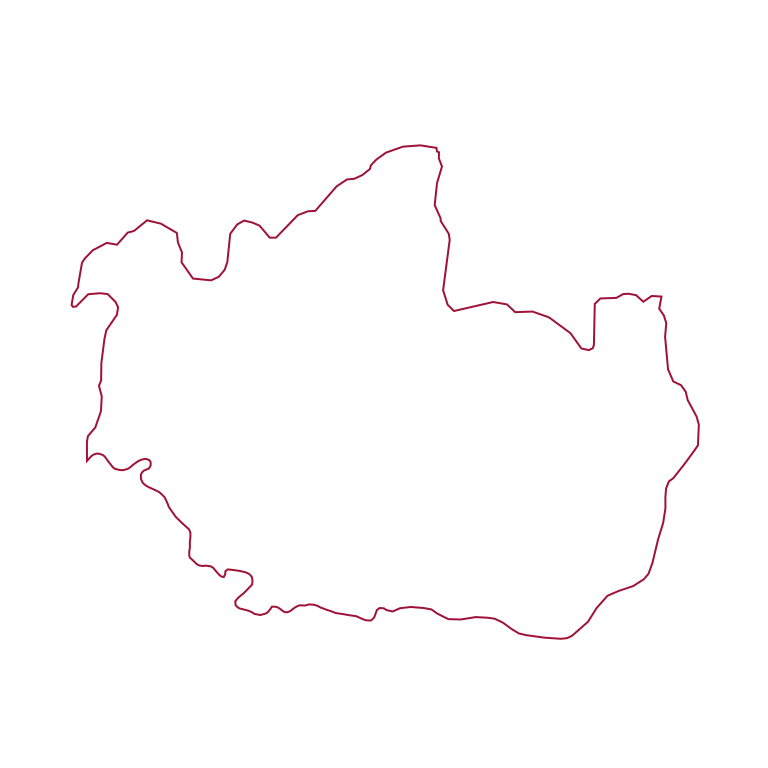 the district of San Manuel Chaparrón, Jalapa, Guatemala, rotated 5°
{"feature_id": "79465075B10388039742951", "entity_name": "San Manuel Chaparrón", "entity_type": "district", "adm_level": 2, "iso_a3": "GTM", "parent_name": "Guatemala", "parent_adm1": "Jalapa", "projection": "natural_earth1", "projection_center": [-89.778, 14.534], "detail": "fine", "context": "isolated", "style": "outline", "palette": "rose", "viewbox_px": 768, "rotation_deg": 5, "n_neighbors": 0, "source": "geoboundaries", "source_scale": "gbopen_adm2", "svg_char_len": 3484}
<svg xmlns="http://www.w3.org/2000/svg" viewBox="0 0 768 768"><g transform="rotate(5 384 384)"><path d="M701.2,397.2L698.3,389.3L687.9,373.5L685.3,365.5L680.0,359.3L672.0,356.3L665.7,344.7L659.9,312.5L659.9,298.8L656.8,291.3L651.6,285.0L652.8,272.7L643.0,273.0L635.2,279.4L627.3,273.5L619.8,272.8L614.4,273.6L607.9,278.0L592.1,279.9L587.0,285.9L589.7,326.7L588.9,330.1L585.1,332.4L577.5,331.4L565.3,317.1L542.5,303.2L525.6,298.9L508.5,301.0L499.6,294.0L485.6,292.8L447.3,305.2L440.5,299.5L434.7,285.5L436.9,234.8L435.5,228.8L426.2,216.6L426.0,214.1L418.9,201.4L419.3,179.2L422.8,162.3L419.0,154.5L418.6,148.4L416.5,147.7L415.7,144.2L399.5,143.1L382.2,145.9L365.7,153.4L356.7,161.2L351.8,167.4L351.3,171.0L344.1,177.8L336.6,182.1L329.2,183.5L319.5,191.3L300.5,217.5L293.1,218.6L283.4,223.3L263.7,247.6L257.4,248.2L246.2,237.1L239.0,234.7L230.4,233.4L223.9,237.8L217.7,247.8L217.3,276.3L215.3,284.1L210.1,291.6L202.7,295.8L184.5,295.6L171.7,280.4L171.3,270.6L166.3,260.8L164.5,251.6L147.7,243.7L133.7,241.6L121.5,253.4L115.5,255.5L105.9,268.5L95.5,267.6L82.2,276.2L74.9,285.2L72.6,289.4L70.8,310.6L70.8,314.4L66.7,322.5L65.9,332.4L67.3,334.2L70.4,333.7L81.6,320.3L93.4,318.3L100.9,318.5L109.5,325.8L112.4,330.8L111.9,338.4L102.7,354.6L101.6,363.1L100.6,387.9L101.9,405.2L100.2,410.6L103.9,420.9L104.4,435.7L100.2,452.4L93.6,461.7L93.1,467.6L94.8,486.5L98.6,481.5L100.9,479.6L103.7,478.4L106.6,478.3L110.5,479.4L112.1,480.6L113.6,482.3L115.3,484.3L117.2,486.4L119.1,488.3L121.1,490.6L123.6,492.0L128.3,492.7L130.8,492.7L133.9,491.8L136.7,490.5L138.3,489.2L141.2,486.2L145.8,482.3L148.7,480.6L152.3,479.5L154.3,479.5L157.1,480.4L158.4,482.3L158.6,485.7L157.2,488.6L152.2,491.3L150.5,493.4L149.7,495.8L150.2,499.8L152.1,503.2L153.8,504.7L156.0,506.1L158.9,507.4L163.0,508.8L167.0,510.3L169.6,511.4L171.8,513.0L173.7,514.5L175.4,516.1L177.8,520.1L179.1,522.5L180.0,524.6L181.9,527.2L188.3,534.7L193.9,539.3L198.7,543.0L202.4,545.7L204.1,549.0L204.5,553.4L204.4,555.8L204.4,559.4L204.9,563.5L204.6,567.8L204.9,571.6L205.7,573.8L209.9,577.1L213.2,579.8L215.8,580.9L219.1,581.1L222.3,580.5L224.4,580.6L227.2,580.7L229.9,582.0L233.0,585.2L236.3,588.3L238.4,589.8L241.2,590.3L242.4,587.5L242.3,584.4L244.3,582.4L246.9,582.3L255.5,582.7L258.8,583.1L262.4,583.6L265.6,584.7L268.0,586.4L269.4,588.2L270.2,592.0L270.0,595.4L262.7,604.4L259.0,608.0L257.1,610.0L254.8,613.4L255.4,617.3L258.1,619.5L260.1,620.3L262.4,620.6L264.9,621.0L268.3,621.6L271.7,622.6L275.2,624.4L281.0,624.9L286.2,623.0L288.1,621.5L290.2,618.4L291.8,615.6L295.6,615.3L298.4,616.1L300.8,617.5L302.7,618.8L305.1,619.9L307.7,619.8L310.4,618.4L312.9,616.0L315.2,614.1L317.0,612.9L319.3,611.8L324.7,611.6L328.1,610.2L330.1,610.0L332.5,610.0L334.8,610.3L336.8,610.7L340.6,612.3L343.7,613.1L345.6,613.7L348.5,614.4L351.3,615.0L353.7,615.8L356.1,616.4L364.5,616.9L368.9,617.3L376.3,617.7L378.2,618.3L382.2,619.7L386.0,620.9L388.8,620.9L391.8,620.7L394.5,617.5L395.3,614.9L396.6,609.8L399.3,607.5L403.5,607.5L406.2,609.0L412.4,609.9L419.4,606.0L430.0,603.8L442.8,603.7L450.8,604.4L457.4,608.2L468.5,612.6L481.0,611.9L495.7,608.2L507.9,607.8L514.8,608.2L523.3,611.4L532.5,617.0L540.2,620.8L547.6,621.8L566.0,622.7L582.5,622.4L588.6,621.2L593.4,618.3L608.0,603.0L615.3,588.7L625.1,575.5L635.8,569.7L650.0,563.5L659.9,555.8L664.0,550.1L667.0,538.9L670.5,515.3L674.2,498.0L675.2,483.5L674.2,472.5L674.1,463.4L676.3,456.2L680.4,452.6L690.4,437.4L699.3,422.7L702.1,417.7L701.2,397.2Z" fill="none" stroke="#9f1239" stroke-width="2"/></g></svg>